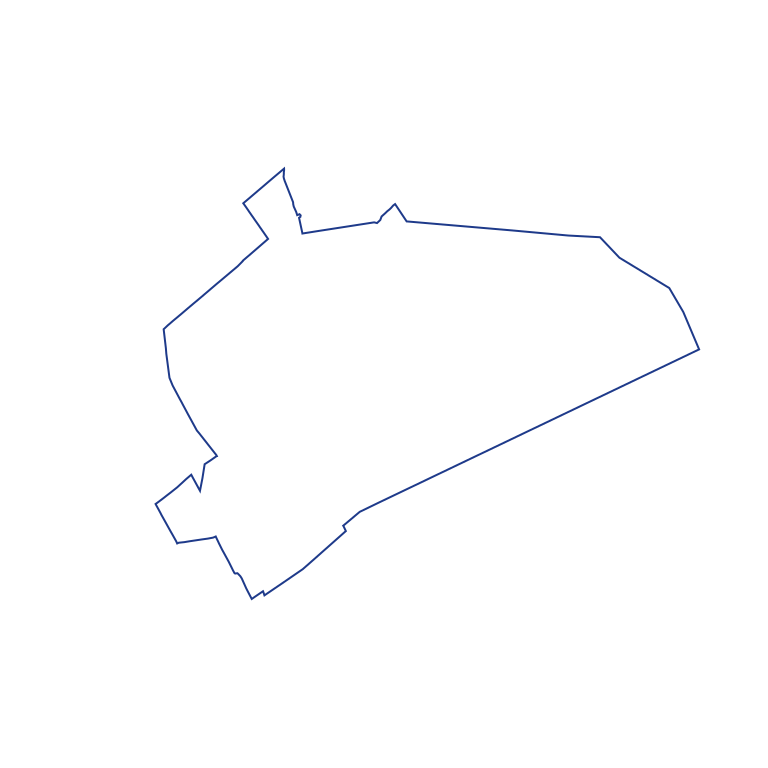 Santa María del Tule, Oaxaca, Mexico (Equal Earth projection), rotated 219°
{"feature_id": "50627088B60883552057189", "entity_name": "Santa María del Tule", "entity_type": "district", "adm_level": 2, "iso_a3": "MEX", "parent_name": "Mexico", "parent_adm1": "Oaxaca", "projection": "equal_earth", "projection_center": [-96.623, 17.031], "detail": "fine", "context": "isolated", "style": "outline", "palette": "blue", "viewbox_px": 768, "rotation_deg": 219, "n_neighbors": 0, "source": "geoboundaries", "source_scale": "gbopen_adm2", "svg_char_len": 2266}
<svg xmlns="http://www.w3.org/2000/svg" viewBox="0 0 768 768"><g transform="rotate(219 384 384)"><path d="M589.7,287.9L576.0,274.5L572.2,270.5L554.6,253.8L547.3,249.8L533.4,243.9L529.2,242.2L528.1,241.7L525.5,240.6L517.2,237.1L500.2,230.1L496.6,229.4L469.4,223.2L468.6,222.8L468.7,222.7L470.8,215.3L472.9,208.8L471.0,205.5L465.8,196.5L459.8,185.2L474.6,191.3L475.0,191.5L476.7,192.2L477.9,185.7L479.7,173.5L480.3,170.8L480.9,168.1L481.5,165.4L482.1,162.9L482.7,160.4L483.3,157.7L483.9,155.2L485.4,149.2L486.0,147.0L483.4,145.9L483.1,145.8L476.8,143.2L473.9,141.9L473.6,141.8L465.1,138.4L456.9,135.1L453.8,133.9L446.3,130.9L444.4,129.9L443.6,131.5L439.6,135.5L438.2,137.1L435.7,139.9L432.3,143.6L427.9,148.4L423.6,153.0L420.2,157.0L419.3,158.6L418.8,159.6L417.0,158.7L413.8,157.2L413.0,156.8L411.6,156.1L410.6,155.7L410.0,155.4L405.4,153.3L403.4,152.5L392.7,148.1L386.6,145.3L383.8,144.0L383.0,143.7L382.1,143.3L381.5,143.0L380.4,143.0L379.7,143.8L379.2,144.3L378.8,144.7L377.5,144.6L374.6,144.2L372.2,143.4L362.5,138.5L359.8,137.3L351.5,133.7L350.4,137.5L347.6,146.8L346.7,146.3L343.9,144.5L337.1,167.1L330.6,189.0L330.4,190.2L328.8,199.5L321.1,245.7L326.1,248.1L326.5,248.2L323.1,265.8L322.4,269.4L313.2,289.0L160.9,609.2L196.7,628.3L222.7,638.1L280.5,630.3L308.5,634.0L334.3,615.3L380.9,584.1L468.3,524.9L468.7,524.6L483.4,529.2L488.6,530.8L489.2,528.4L489.3,525.3L489.6,523.0L490.2,520.3L490.5,517.7L491.3,512.7L490.1,509.1L490.7,504.7L493.4,503.4L531.4,461.5L542.1,449.6L542.3,449.8L554.6,459.7L554.4,460.5L554.2,461.3L554.3,461.4L554.9,462.6L556.5,462.8L557.7,460.6L560.6,462.5L565.8,465.1L567.7,466.6L569.0,468.0L569.3,468.2L588.2,478.9L588.8,479.2L589.4,479.6L589.5,479.7L590.8,480.5L591.6,481.1L592.7,482.1L593.1,482.8L593.6,483.6L594.0,484.1L594.4,484.7L594.9,485.2L595.3,485.9L596.2,487.3L596.7,487.9L597.1,488.4L597.2,488.5L599.6,476.1L607.1,435.9L601.7,434.4L600.8,434.1L599.0,433.6L597.5,433.1L595.0,432.4L592.7,431.7L590.8,431.2L588.5,430.5L586.4,429.9L584.6,429.4L580.4,428.2L578.9,427.7L577.3,427.3L575.4,426.7L573.9,426.3L565.4,423.8L569.2,402.4L571.3,391.0L571.1,390.8L571.8,383.5L577.2,355.6L581.2,334.1L582.7,326.5L584.0,319.7L585.6,311.0L587.7,300.4L588.6,295.3L588.9,293.8L589.7,287.9Z" fill="none" stroke="#1e3a8a" stroke-width="2"/></g></svg>